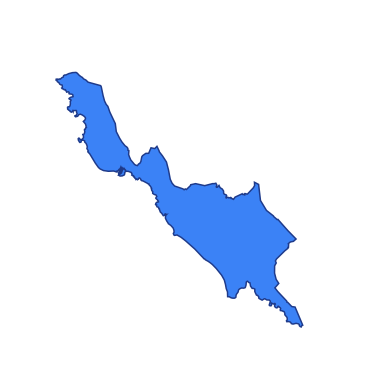 outline of Ilocos Sur, Ilocos Sur, Philippines, rotated 320°
{"feature_id": "2640588B69318666079956", "entity_name": "Ilocos Sur", "entity_type": "district", "adm_level": 2, "iso_a3": "PHL", "parent_name": "Philippines", "parent_adm1": "Ilocos Sur", "projection": "natural_earth1", "projection_center": [120.422, 17.287], "detail": "fine", "context": "isolated", "style": "filled", "palette": "blue", "viewbox_px": 384, "rotation_deg": 320, "n_neighbors": 0, "source": "geoboundaries", "source_scale": "gbopen_adm2", "svg_char_len": 6011}
<svg xmlns="http://www.w3.org/2000/svg" viewBox="0 0 384 384"><g transform="rotate(320 192 192)"><path d="M190.4,51.8L183.0,41.1L182.7,38.1L181.6,35.5L181.7,33.8L181.3,33.0L180.6,30.0L180.5,27.2L180.0,25.8L177.1,23.7L173.7,22.1L170.7,21.3L169.8,20.6L168.5,20.3L167.3,21.2L165.9,20.8L163.8,20.9L163.3,20.3L162.4,20.2L162.0,19.5L161.5,19.5L161.3,18.9L161.0,19.0L160.8,18.7L160.6,19.0L160.4,18.4L159.8,18.8L160.2,19.4L159.8,20.9L160.3,22.7L160.0,24.4L160.3,25.4L161.2,26.4L161.2,26.7L160.5,27.9L159.6,28.7L159.0,28.6L159.0,29.5L159.8,30.7L159.7,31.2L160.4,32.5L160.7,32.5L160.2,35.0L161.6,35.6L161.8,36.1L161.9,36.7L161.1,37.4L161.0,37.9L162.8,39.8L163.2,40.8L162.2,42.5L159.8,41.4L157.9,41.3L157.7,41.8L158.5,43.5L158.0,44.2L157.0,44.3L155.7,46.1L154.2,47.4L152.9,47.9L151.8,47.1L151.1,47.1L150.0,48.6L150.3,49.1L150.1,49.7L150.7,51.5L150.4,52.0L150.9,53.3L151.5,53.5L153.0,53.1L152.8,53.8L153.3,53.3L155.7,55.1L155.7,55.6L154.8,56.7L154.4,58.1L152.7,58.8L151.2,58.4L151.0,58.9L151.2,59.6L153.1,60.5L154.9,60.0L156.5,60.6L157.5,62.6L158.1,64.9L158.1,66.5L157.8,67.1L156.3,68.0L154.1,68.1L154.1,71.4L153.2,73.5L152.2,74.4L152.3,74.6L151.7,74.6L150.7,75.3L150.1,74.9L149.8,75.0L149.0,76.1L148.7,76.9L147.0,78.1L145.9,78.2L144.8,77.3L145.3,78.1L145.3,78.7L143.8,80.6L141.9,81.0L140.6,80.6L140.2,80.0L140.1,78.1L139.8,77.9L139.1,78.0L138.3,79.2L137.9,81.4L138.0,82.0L139.2,82.4L140.2,81.5L140.8,81.5L142.0,82.4L142.6,83.9L141.9,84.9L142.1,86.7L141.4,89.0L140.8,90.1L139.4,91.2L139.1,93.3L138.8,94.0L138.3,94.0L138.0,94.5L138.2,97.0L136.5,107.8L136.1,113.1L136.4,115.2L138.0,118.7L141.3,122.4L145.4,125.5L147.7,129.0L147.5,128.0L146.9,127.6L147.1,127.4L149.1,128.2L149.7,128.0L150.4,128.3L150.6,127.8L150.8,127.8L150.8,128.2L151.6,128.1L153.2,127.3L152.9,127.8L153.3,127.8L152.1,128.3L152.4,128.4L153.5,128.0L153.7,127.7L153.9,127.8L153.1,128.7L154.1,128.5L154.3,129.2L153.6,129.5L153.3,130.0L154.5,129.8L155.2,130.3L155.0,130.6L155.2,132.3L154.9,133.5L155.2,134.2L156.3,135.0L158.0,137.9L157.9,139.1L157.5,139.2L157.1,140.6L156.8,140.6L157.1,141.6L157.2,141.3L157.7,141.8L157.5,143.0L157.1,143.5L157.5,144.0L157.1,144.8L157.4,145.7L157.1,146.3L157.9,146.4L158.0,147.5L159.0,147.7L159.4,147.3L160.1,147.2L160.9,147.6L160.9,149.0L160.5,148.8L160.9,149.1L160.6,150.1L160.7,150.9L161.6,152.1L163.4,156.6L163.8,158.2L164.1,158.2L163.7,159.3L163.9,160.2L163.5,163.1L162.9,163.3L163.0,163.7L162.3,164.6L162.1,165.5L162.2,166.4L161.0,167.8L161.6,169.9L162.1,170.3L162.5,171.0L162.2,172.8L160.7,173.2L160.2,173.7L160.5,175.7L160.3,176.4L160.5,176.7L160.0,178.0L159.4,177.8L159.5,177.4L159.4,177.6L158.1,177.2L156.9,177.5L156.0,178.2L156.2,179.1L156.5,179.2L156.0,179.8L155.7,180.9L156.4,182.0L156.1,183.4L155.9,183.5L156.2,183.9L155.6,184.9L155.1,186.6L154.9,186.7L155.1,189.0L154.8,191.7L155.9,192.1L157.4,191.5L157.8,192.0L157.6,192.8L157.8,192.9L156.5,193.0L156.3,193.6L155.7,193.9L154.7,195.2L154.0,198.0L153.7,200.6L153.5,201.0L154.3,204.0L154.4,207.5L153.6,209.6L152.4,211.3L151.1,211.7L150.5,213.1L150.7,214.0L152.9,215.3L153.2,216.1L154.5,219.6L155.7,225.3L157.5,237.5L158.3,251.1L158.7,251.4L158.7,252.6L159.8,255.4L160.5,258.0L161.0,260.6L161.4,266.1L161.2,274.8L160.2,280.1L158.3,284.2L156.1,288.1L155.0,291.3L152.0,295.1L153.4,296.4L153.6,297.5L154.5,299.0L156.1,300.5L157.3,300.9L158.0,300.8L159.3,299.5L160.3,298.9L162.9,298.3L164.8,296.9L166.2,296.8L168.3,297.4L169.7,298.8L171.0,299.4L171.6,299.3L173.6,298.0L175.7,295.9L176.5,295.8L177.2,296.1L177.4,298.0L178.0,298.9L176.4,301.6L176.1,304.5L177.2,305.5L177.7,306.8L176.2,308.5L175.8,309.7L175.1,312.4L175.8,313.3L175.7,315.4L175.0,316.0L175.0,316.9L176.2,319.9L178.8,320.3L179.4,321.1L179.9,322.7L181.8,324.5L181.8,326.1L178.5,328.2L178.4,328.8L178.7,329.4L179.4,330.0L180.5,329.6L181.1,328.5L181.5,328.2L182.6,330.5L182.9,330.8L183.5,330.4L183.9,330.8L183.8,331.5L182.7,331.8L181.9,332.4L181.7,333.8L182.1,334.9L182.8,335.4L183.4,335.5L184.2,334.8L184.7,335.0L185.2,337.7L184.9,338.4L183.9,338.9L183.5,339.6L184.8,341.1L185.0,341.9L185.5,342.4L185.6,343.2L184.9,345.0L184.2,345.7L184.2,349.0L183.9,349.8L182.8,351.1L181.5,351.4L181.3,352.4L182.4,353.0L183.6,354.6L183.8,355.3L183.5,356.7L184.5,358.1L187.3,359.5L188.8,361.4L189.0,362.4L188.3,363.4L188.4,364.7L188.9,365.6L190.4,364.9L191.2,365.2L197.0,346.4L194.8,343.9L194.4,338.2L193.9,337.2L194.4,336.7L194.4,335.7L193.7,323.4L193.9,318.7L199.7,317.8L200.3,313.0L203.1,307.2L207.8,301.7L210.9,300.5L211.6,298.4L213.8,297.6L225.3,296.7L229.3,296.8L229.8,296.1L230.3,296.4L230.8,295.9L232.3,294.3L232.5,293.5L235.2,293.5L238.0,295.0L241.5,294.9L240.6,283.2L240.2,268.2L239.5,267.9L238.8,263.3L239.0,262.7L237.2,254.0L239.0,242.5L247.9,229.0L246.1,224.7L244.1,227.3L241.7,228.2L233.3,229.2L232.8,229.0L231.6,227.2L231.2,227.2L231.2,227.5L230.5,228.1L229.8,226.8L229.4,226.7L229.0,225.9L229.2,225.6L221.7,223.6L219.1,224.3L218.9,223.5L218.4,223.3L218.4,222.4L217.9,222.0L218.3,221.7L218.2,221.1L216.4,220.2L216.1,219.0L214.4,218.6L214.6,217.9L216.3,216.9L216.3,216.0L215.4,214.6L215.4,213.4L216.8,211.5L217.1,209.2L216.3,206.7L216.9,204.3L214.7,204.7L213.8,204.1L213.9,203.6L215.5,202.7L215.9,200.6L214.4,199.9L213.1,198.8L205.8,195.3L200.1,187.9L195.7,185.6L194.9,186.1L189.3,186.5L188.8,185.3L187.4,185.2L187.1,183.8L182.5,176.2L182.4,172.5L183.5,168.3L188.2,159.9L191.7,152.6L192.6,145.4L192.8,140.2L193.2,139.5L194.5,134.5L191.4,134.8L189.0,131.8L183.7,134.5L181.4,132.7L177.5,132.4L176.1,132.8L172.4,135.8L170.4,136.5L169.0,136.2L167.2,136.7L166.2,135.4L165.7,134.0L165.7,128.1L166.6,125.0L167.5,122.6L170.2,119.8L170.3,119.6L169.8,118.8L170.9,117.3L171.0,115.7L170.4,113.4L170.5,108.5L171.1,104.4L172.8,97.1L177.2,90.3L180.4,78.0L182.6,72.3L182.6,69.7L183.5,66.1L185.9,60.9L190.1,53.1L190.4,51.8ZM154.9,130.2L152.9,130.5L150.1,132.1L146.5,131.9L147.1,133.4L147.6,133.9L149.1,134.9L151.2,135.4L152.3,134.7L152.8,133.9L154.6,133.5L154.9,132.5L154.9,130.2ZM151.5,128.8L148.0,130.2L147.8,130.5L150.1,130.6L152.1,129.9L152.9,129.0L151.5,128.8Z" fill="#3b82f6" stroke="#1e3a8a" stroke-width="1.5"/></g></svg>